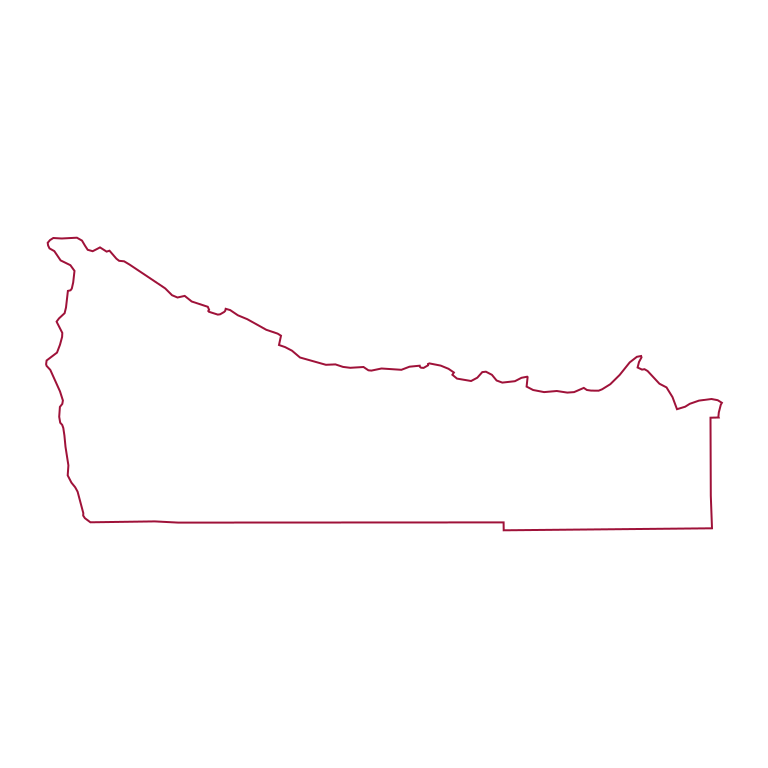 outline of Clallam, Washington, United States of America
{"feature_id": "52423323B36348564143669", "entity_name": "Clallam", "entity_type": "district", "adm_level": 2, "iso_a3": "USA", "parent_name": "United States of America", "parent_adm1": "Washington", "projection": "orthographic", "projection_center": [-123.997, 48.129], "detail": "fine", "context": "isolated", "style": "outline", "palette": "rose", "viewbox_px": 768, "rotation_deg": 0, "n_neighbors": 0, "source": "geoboundaries", "source_scale": "gbopen_adm2", "svg_char_len": 2007}
<svg xmlns="http://www.w3.org/2000/svg" viewBox="0 0 768 768"><path d="M718.7,417.5L718.4,416.7L718.8,412.5L720.8,404.7L721.9,402.8L717.7,400.2L711.4,399.0L699.0,400.6L689.8,403.8L685.2,406.7L677.0,409.2L672.5,397.1L666.5,387.4L659.4,383.7L647.6,371.0L644.5,369.2L642.0,369.6L637.6,367.5L639.0,362.0L641.5,357.4L641.1,356.0L636.9,356.8L629.7,362.4L619.7,374.9L610.3,384.2L602.1,389.3L598.6,390.7L591.1,390.6L586.9,390.0L583.8,387.9L574.1,392.1L567.3,392.6L556.8,391.0L544.1,392.1L533.1,390.0L526.6,386.6L527.6,377.1L527.2,376.7L521.5,377.8L514.9,381.2L502.3,382.6L496.6,380.5L491.9,374.8L485.9,371.7L482.3,372.1L477.3,377.7L471.1,381.0L457.0,378.6L452.4,374.8L453.9,372.5L448.5,368.8L440.7,365.6L429.4,363.4L428.0,364.0L428.1,365.3L423.6,367.9L421.0,367.7L419.9,366.8L419.7,365.7L409.5,366.7L401.4,369.8L381.5,368.5L371.4,370.6L368.4,370.3L363.5,367.0L350.2,367.8L343.0,366.9L335.4,364.4L325.9,364.8L300.0,357.5L292.0,350.7L285.1,347.1L279.0,345.0L281.0,335.7L277.6,333.6L266.3,329.8L247.3,319.2L237.9,315.3L230.2,310.1L225.7,308.8L225.2,310.9L224.1,312.0L220.1,314.3L217.8,314.6L209.0,311.8L208.3,311.0L208.6,310.4L209.1,309.8L207.8,306.8L191.7,301.5L184.7,295.9L177.5,297.5L172.0,295.2L165.2,288.4L129.6,264.6L124.1,261.3L119.1,260.8L116.4,258.7L109.5,250.7L106.6,251.6L100.0,247.4L96.8,249.1L92.7,251.2L87.7,249.8L85.0,245.7L82.0,240.6L76.9,237.7L61.6,238.5L53.3,238.0L50.0,240.1L47.7,242.8L48.1,245.5L49.5,248.4L54.3,251.1L60.6,260.4L70.4,265.2L74.5,270.9L73.2,282.4L71.8,288.6L70.5,290.3L67.9,290.9L66.0,307.5L64.6,313.2L59.0,318.4L56.6,321.6L56.9,322.3L62.3,332.9L62.1,336.9L60.0,344.7L57.0,352.6L46.6,360.5L46.1,364.2L46.6,365.9L50.3,369.9L60.0,391.4L62.9,400.5L62.3,403.9L59.9,406.9L59.2,416.8L60.2,422.7L62.2,424.9L63.3,428.0L64.4,435.4L65.5,446.8L68.4,465.4L67.7,475.4L71.4,482.6L75.2,487.3L77.6,491.7L83.3,513.1L83.2,515.6L84.9,518.2L90.4,522.3L154.8,521.4L178.2,522.6L503.6,522.4L503.7,530.3L712.0,528.3L710.8,495.7L710.5,417.7L718.7,417.5Z" fill="none" stroke="#9f1239" stroke-width="2"/></svg>